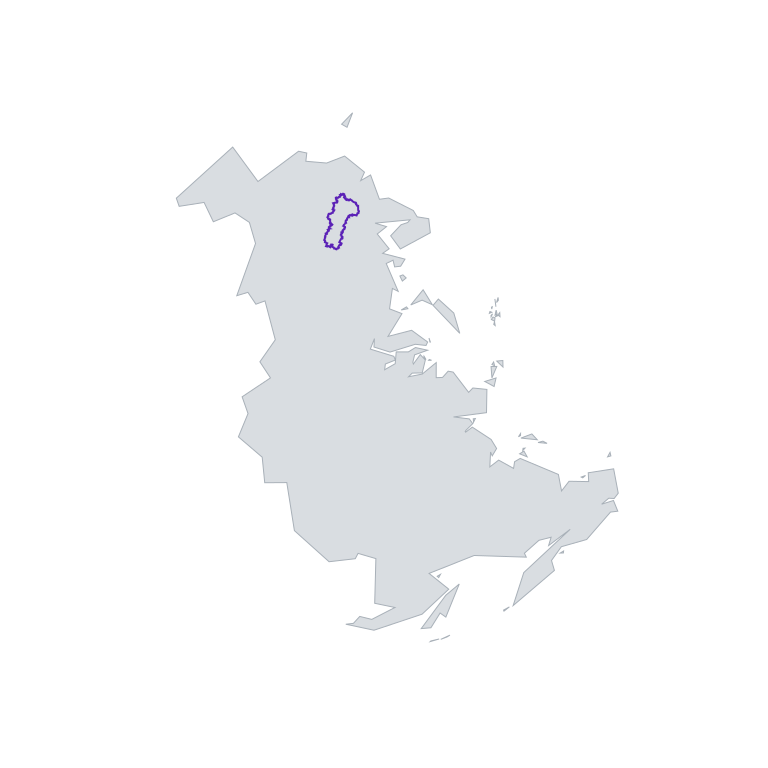 Russia, with Vologda highlighted, rotated 114°
{"feature_id": "RUS-2359", "entity_name": "Vologda", "entity_type": "Region", "adm_level": 1, "iso_a3": "RUS", "parent_name": "Russia", "parent_adm1": "", "projection": "orthographic", "projection_center": [40.382, 60.042], "detail": "fine", "context": "in_parent", "style": "outline", "palette": "violet", "viewbox_px": 768, "rotation_deg": 114, "n_neighbors": 0, "source": "natural_earth", "source_scale": "10m", "svg_char_len": 9098}
<svg xmlns="http://www.w3.org/2000/svg" viewBox="0 0 768 768"><g transform="rotate(114 384 384)"><path d="M613.0,293.0L619.0,321.2L615.1,314.6L606.2,311.6L604.0,299.4L583.7,283.1L588.1,303.3L546.8,320.4L549.3,338.8L555.3,339.2L568.7,361.9L554.4,406.2L513.6,432.7L522.7,452.8L500.4,465.5L491.5,495.5L466.3,496.2L453.4,508.4L424.6,490.2L414.2,506.4L387.8,501.3L356.5,526.5L363.2,533.5L355.6,545.6L363.2,554.4L307.9,558.5L291.1,572.7L288.3,589.7L305.2,605.9L291.3,622.2L305.0,643.4L298.7,649.3L229.1,618.6L250.3,581.5L206.1,556.7L204.4,548.5L212.3,546.0L205.5,526.3L191.8,512.7L198.4,488.0L207.7,488.0L198.5,481.3L217.1,463.3L212.2,455.4L213.6,427.8L217.8,421.7L214.8,410.4L227.0,403.2L254.0,424.0L245.9,438.2L231.6,433.2L226.8,428.0L223.4,427.0L240.7,457.6L239.2,445.7L249.7,451.2L258.4,434.3L265.2,438.4L261.4,415.6L269.6,416.7L272.7,421.9L267.2,426.1L273.0,431.0L293.6,408.7L293.3,415.2L313.1,409.5L312.4,396.2L338.9,399.7L323.7,380.6L327.9,361.2L331.7,361.3L335.0,371.6L352.4,391.5L354.3,408.2L346.4,411.2L357.7,410.7L354.7,386.3L357.5,383.4L365.2,390.9L370.7,389.2L360.9,382.0L349.7,385.9L344.8,374.8L337.9,370.1L335.4,357.9L344.9,367.9L352.4,366.5L353.8,365.3L342.4,362.8L345.3,356.0L358.3,353.6L362.6,362.7L367.4,364.5L359.4,353.1L343.2,345.0L357.0,338.9L354.2,333.2L346.2,330.6L345.0,325.7L357.2,303.3L351.5,301.2L347.1,287.8L368.5,278.7L385.8,307.1L381.2,291.9L384.1,286.8L392.9,290.3L394.4,290.5L394.8,289.8L387.5,285.8L391.1,263.6L397.1,254.9L405.6,255.9L402.8,259.0L416.7,253.6L406.9,248.3L408.4,231.3L401.9,233.1L396.6,229.3L395.7,187.9L409.5,178.3L397.6,175.4L389.9,157.3L382.0,161.3L368.1,139.7L388.5,125.6L395.0,127.2L396.9,132.2L405.3,136.3L397.1,127.0L405.1,118.7L408.9,125.0L443.6,135.6L460.5,155.8L477.1,159.2L485.0,152.5L533.9,175.9L499.4,179.6L441.0,154.8L464.6,167.9L456.0,169.0L463.8,178.9L481.5,186.9L484.3,183.6L504.0,231.9L538.7,265.8L545.1,241.4L578.8,255.6L613.0,293.0ZM306.9,335.4L292.2,371.2L284.3,368.9L290.8,349.1L306.9,335.4ZM536.1,233.9L571.8,232.7L570.4,239.6L587.6,242.0L592.3,250.5L551.8,241.6L536.1,233.9ZM282.0,386.6L291.9,372.1L291.9,383.3L300.9,391.7L282.0,386.6ZM377.7,236.9L369.5,228.6L372.6,221.3L377.7,236.9ZM322.1,288.1L334.5,287.9L324.5,293.3L322.1,288.1ZM314.2,285.0L320.1,282.2L317.2,290.3L314.2,285.0ZM332.9,284.1L341.5,282.4L340.7,293.0L332.9,284.1ZM374.8,219.5L371.6,215.6L371.9,210.9L374.8,219.5ZM149.0,523.0L164.5,522.2L163.9,528.4L149.0,523.0ZM264.5,315.2L267.9,313.2L261.2,317.3L264.5,315.2ZM388.4,228.8L392.3,223.6L392.6,231.7L388.4,228.8ZM282.5,409.1L278.9,413.4L276.6,411.1L278.1,406.9L282.5,409.1ZM270.9,311.6L273.7,309.4L275.8,310.6L270.9,311.6ZM281.6,308.5L281.4,312.2L278.5,311.7L278.4,309.5L281.6,308.5ZM284.9,308.0L282.1,308.4L285.4,306.2L284.9,308.0ZM305.5,392.8L309.4,398.4L304.4,394.8L305.5,392.8ZM322.3,290.4L322.3,293.3L319.3,292.8L322.3,290.4ZM271.7,307.3L275.3,305.4L274.6,308.0L271.7,307.3ZM357.4,147.5L359.6,150.1L354.5,149.7L357.4,147.5ZM261.0,313.6L263.8,314.3L258.5,315.0L261.0,313.6ZM327.0,359.1L323.7,361.6L326.8,358.7L327.0,359.1ZM378.4,286.5L382.5,286.7L379.5,288.3L378.4,286.5ZM385.6,162.7L388.9,164.3L388.8,166.0L385.6,162.7ZM278.0,314.1L275.7,313.4L279.1,313.5L278.0,314.1ZM275.4,307.9L277.4,309.8L274.6,309.0L275.4,307.9ZM586.6,221.6L589.4,223.5L594.2,228.3L586.6,221.6ZM274.6,314.7L276.6,316.5L274.7,316.7L274.6,314.7ZM344.6,355.5L343.0,358.6L342.3,358.8L344.6,355.5ZM465.4,151.4L466.8,154.3L463.5,152.0L465.4,151.4ZM385.2,229.1L388.3,230.2L386.2,230.8L385.2,229.1ZM534.9,255.0L538.6,255.3L538.0,257.2L534.9,255.0ZM536.6,178.8L542.7,182.0L541.9,182.8L536.6,178.8ZM271.7,316.0L270.1,317.1L269.4,316.5L271.7,316.0ZM343.0,350.2L344.2,352.9L343.2,352.6L343.0,350.2ZM375.6,238.3L377.5,239.7L373.7,239.1L375.6,238.3ZM599.7,236.7L594.5,229.9L600.5,237.0L599.7,236.7Z" fill="#d9dde1" stroke="#a8b0b8" stroke-width="1"/><path d="M241.2,477.6L241.3,478.0L241.2,478.5L241.3,478.9L241.5,479.2L241.5,479.7L241.7,479.9L241.8,480.3L241.9,480.9L242.2,481.0L242.4,480.8L242.8,481.1L242.6,481.3L242.6,481.6L242.8,482.0L242.7,482.4L242.9,482.9L243.3,483.0L243.5,482.7L243.7,483.3L243.7,483.9L244.4,484.0L244.6,484.7L244.7,484.8L245.3,484.8L245.5,484.4L245.8,484.3L246.0,484.0L246.3,484.7L246.9,485.1L246.9,485.4L247.0,485.2L246.9,484.9L247.4,484.9L247.7,485.1L247.9,484.9L248.9,484.6L249.1,484.7L249.4,484.7L250.0,485.4L250.4,485.4L250.6,485.2L251.1,485.2L251.4,485.0L251.9,484.9L252.1,484.7L252.0,484.4L252.2,484.2L252.5,484.5L252.7,484.8L253.1,484.7L253.3,484.5L253.5,484.5L253.6,484.3L253.6,484.6L253.8,484.8L254.9,485.4L255.7,485.4L255.8,485.3L256.1,485.4L256.1,485.0L256.4,484.2L256.3,483.6L256.9,483.2L257.4,483.3L257.5,483.6L257.9,483.5L258.0,483.2L258.3,483.1L258.5,483.2L258.7,483.3L258.5,483.5L259.0,483.7L260.6,484.3L260.9,484.1L261.3,484.1L261.3,483.7L261.7,483.4L262.4,483.4L262.7,483.8L262.8,484.1L263.1,484.3L263.1,484.5L263.4,484.4L263.8,483.8L264.1,484.0L265.3,484.1L265.4,483.4L266.3,482.9L266.2,482.7L266.3,482.5L266.4,481.8L266.6,481.7L266.8,481.8L267.1,481.6L267.4,481.5L267.5,481.3L267.7,481.2L268.0,481.2L268.0,482.0L269.3,482.3L272.6,482.5L272.8,479.9L273.0,479.8L274.7,480.0L274.8,480.1L274.7,481.0L275.2,481.3L277.0,481.5L277.1,481.2L277.4,481.1L277.5,480.9L277.8,480.6L278.2,481.1L278.9,481.2L279.0,481.8L279.6,482.0L279.8,482.2L280.3,482.2L280.4,482.5L280.3,483.4L280.1,483.9L280.3,484.1L280.4,484.4L280.5,484.6L280.2,484.8L280.1,485.0L279.8,485.3L279.9,485.6L279.8,485.9L279.7,486.3L279.8,486.5L279.7,486.8L279.5,487.5L279.4,487.5L279.0,487.4L278.5,487.6L278.1,487.5L277.8,487.7L277.6,487.7L277.6,487.8L277.8,488.1L278.0,488.7L278.0,488.8L278.1,489.0L278.4,488.9L278.6,488.9L279.0,489.2L279.3,489.1L279.5,489.2L280.0,489.1L280.3,488.6L280.9,488.6L280.9,488.8L280.6,491.0L280.7,491.4L280.8,491.6L281.5,491.7L281.6,492.0L281.7,493.0L280.6,492.9L280.3,493.0L280.1,493.2L278.5,493.1L278.5,494.3L278.5,494.7L278.5,495.6L277.7,495.7L277.6,496.0L277.1,496.1L276.9,496.6L276.9,497.1L276.7,497.2L276.0,497.2L275.7,497.1L275.0,497.3L274.8,497.4L274.6,497.3L274.3,497.2L274.0,497.5L273.0,497.5L272.9,497.6L272.8,498.0L272.6,498.0L269.9,497.9L269.7,498.1L269.4,497.9L269.1,497.8L268.9,497.4L267.9,497.6L267.4,497.3L267.1,497.3L267.0,497.2L266.7,497.3L266.3,497.8L266.1,498.0L266.0,497.8L266.0,497.4L265.9,497.2L265.9,496.9L265.2,497.2L265.2,497.3L265.3,497.6L265.2,497.7L264.4,497.3L264.2,497.0L264.2,497.3L263.8,497.8L263.3,497.9L263.1,498.2L262.8,498.1L262.6,497.7L262.2,497.6L262.2,497.3L262.1,497.1L261.9,496.9L260.8,497.1L260.7,497.3L260.1,497.0L260.0,496.8L260.0,496.2L259.4,496.0L259.2,496.4L259.2,497.0L259.1,497.4L259.6,497.6L259.6,498.3L259.4,498.7L259.0,498.7L258.7,499.0L258.1,498.7L257.9,499.1L257.1,499.4L257.0,499.6L256.3,500.2L256.1,499.9L255.6,500.1L255.5,500.4L255.6,500.6L255.9,500.6L255.9,500.9L255.9,501.0L255.6,501.1L255.6,501.3L255.4,501.5L255.8,502.1L255.1,502.8L255.0,503.0L254.5,503.3L254.5,503.5L253.4,503.4L253.1,503.2L252.9,503.4L252.7,503.6L251.8,503.7L251.6,503.8L251.0,503.7L250.8,503.3L250.7,502.7L250.4,502.6L250.3,502.2L250.2,501.9L249.6,501.8L249.4,501.4L248.9,501.1L248.5,500.6L248.2,500.9L247.5,500.6L247.2,500.4L246.8,500.5L246.3,500.2L245.9,500.3L245.5,500.2L245.5,500.3L245.5,500.5L245.4,500.7L245.7,500.8L245.8,501.1L245.3,501.5L245.4,501.9L245.4,502.0L245.1,502.0L245.0,501.9L244.3,501.9L244.2,501.7L243.8,501.6L243.7,501.9L243.4,502.2L241.5,501.9L241.3,502.2L241.0,502.7L240.7,502.9L240.4,502.8L240.0,502.8L239.7,503.7L239.5,504.0L239.1,503.5L238.9,503.2L238.7,503.0L238.4,502.7L237.6,501.5L237.6,501.0L237.3,500.6L237.1,500.6L236.7,500.9L236.1,500.8L235.8,501.1L235.9,501.5L235.7,501.8L235.4,501.7L235.4,502.0L235.2,502.0L235.1,502.4L234.8,502.8L234.5,502.9L234.4,502.9L234.5,503.1L234.4,503.3L233.6,503.6L233.4,503.3L233.2,503.3L233.1,503.5L232.9,503.3L233.0,502.9L233.1,502.6L232.8,502.5L232.8,502.3L232.7,501.8L232.2,501.5L232.0,501.3L231.3,501.3L231.2,501.1L231.4,501.0L231.0,500.5L230.8,500.7L230.6,500.7L229.6,500.3L229.2,500.6L229.0,501.0L228.7,500.7L228.8,500.4L228.3,500.5L228.5,499.8L228.6,499.6L228.4,499.4L228.0,499.6L228.0,499.3L227.7,499.3L227.6,499.1L227.1,498.9L227.4,498.4L227.1,498.3L226.8,498.1L226.8,497.8L227.1,497.8L227.1,497.5L227.7,496.7L227.8,496.6L227.8,496.8L228.2,496.7L228.9,496.6L229.2,496.4L229.8,496.4L229.8,496.2L229.6,496.1L229.7,495.8L230.0,495.8L230.2,495.4L230.0,495.1L229.9,494.9L229.6,494.7L230.4,494.8L230.5,494.7L230.2,494.4L230.5,494.2L230.6,493.3L230.9,493.6L231.2,493.4L231.2,493.0L231.1,492.9L230.4,493.0L230.2,492.8L230.1,492.0L230.2,491.4L230.3,491.1L230.6,491.0L230.4,490.5L229.6,490.3L229.5,490.2L229.0,490.0L229.0,489.9L229.4,489.5L229.4,489.3L229.3,489.0L229.4,487.9L229.8,487.3L230.0,486.4L230.1,485.1L230.1,484.5L230.1,484.3L230.0,484.2L230.0,483.9L229.8,483.7L229.8,483.4L230.2,483.0L230.4,482.8L231.1,482.8L231.2,482.7L231.4,482.3L231.4,482.0L231.4,481.8L232.0,481.1L232.1,480.9L232.3,480.6L232.3,480.3L232.0,480.0L235.7,478.3L236.2,477.3L236.5,477.1L237.4,477.3L238.0,476.8L238.7,477.3L239.1,477.4L239.1,477.7L241.2,477.6ZM242.4,482.1L242.5,482.0L242.3,481.8L242.2,481.8L242.1,482.0L242.4,482.1ZM270.3,497.9L270.4,497.7L270.2,497.4L270.1,497.5L270.3,497.9Z" fill="none" stroke="#5b21b6" stroke-width="2"/></g></svg>